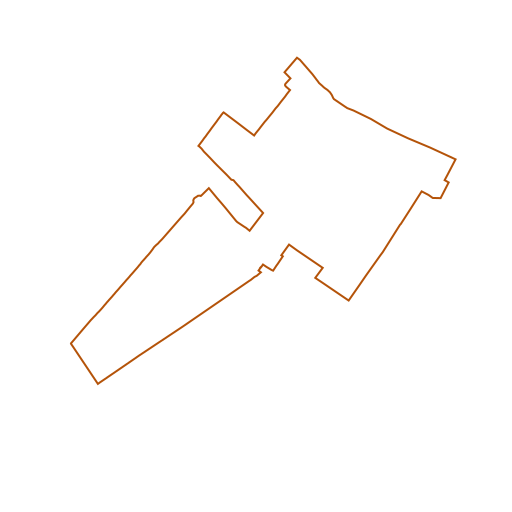 outline of Gura Padinii, Romania, rotated 217°
{"feature_id": "2599482B60613524156855", "entity_name": "Gura Padinii", "entity_type": "district", "adm_level": 2, "iso_a3": "ROU", "parent_name": "Romania", "parent_adm1": "", "projection": "albers", "projection_center": [24.327, 43.755], "detail": "fine", "context": "isolated", "style": "outline", "palette": "amber", "viewbox_px": 512, "rotation_deg": 217, "n_neighbors": 0, "source": "geoboundaries", "source_scale": "gbopen_adm2", "svg_char_len": 3477}
<svg xmlns="http://www.w3.org/2000/svg" viewBox="0 0 512 512"><g transform="rotate(217 256 256)"><path d="M351.1,74.7L350.5,74.4L349.2,74.0L309.0,60.0L305.3,58.7L304.7,60.7L300.6,72.8L292.1,98.1L289.4,106.3L272.4,154.5L262.0,185.5L246.2,232.7L245.9,233.3L244.6,238.4L243.5,240.6L242.3,245.9L245.2,245.9L245.3,248.1L245.3,248.3L245.3,249.4L245.5,249.4L245.4,250.3L245.2,250.3L245.2,251.7L245.3,252.3L245.3,253.4L241.1,253.6L239.2,253.8L237.4,254.0L235.2,254.2L233.8,254.5L233.5,254.6L233.9,260.7L233.9,262.5L234.4,271.9L236.2,271.8L236.5,285.0L226.5,285.2L214.2,285.8L195.6,286.7L195.5,274.2L185.8,274.7L155.2,276.2L155.9,294.9L156.4,306.4L157.1,331.4L157.1,335.3L159.8,367.8L159.6,368.5L160.9,386.2L162.6,407.3L154.8,408.6L149.8,408.7L146.6,411.0L143.4,413.3L146.4,430.7L151.0,430.1L151.9,435.9L154.8,453.3L182.1,447.4L205.4,441.5L228.0,436.7L246.6,434.6L265.6,430.9L272.2,429.0L272.6,429.0L273.1,429.0L274.1,428.9L288.2,428.2L289.6,428.7L291.2,429.6L292.6,430.3L294.1,430.8L295.6,431.3L297.1,431.4L298.4,431.6L299.9,431.6L301.5,431.5L303.0,431.5L304.2,431.6L305.8,431.8L307.4,431.9L309.8,432.1L311.6,432.7L313.9,433.3L315.9,433.9L320.6,435.2L339.0,439.1L342.6,439.0L343.8,419.9L335.4,418.6L336.1,411.4L336.0,410.5L335.5,409.8L334.8,409.5L333.8,409.3L328.7,409.0L328.8,403.7L328.7,400.8L328.8,397.4L328.9,394.3L328.9,391.3L328.9,389.1L329.0,387.8L329.2,385.6L329.2,383.3L329.2,380.3L329.3,378.2L329.4,375.8L329.5,372.9L329.6,370.7L329.8,368.5L329.9,362.1L329.9,359.0L330.0,356.8L330.1,353.9L330.0,351.1L331.6,351.1L339.1,351.1L350.5,351.2L355.9,351.2L368.3,351.2L368.5,350.5L368.5,348.8L368.6,348.0L368.5,347.0L368.5,344.9L368.5,342.1L368.4,339.7L368.4,338.1L368.4,335.6L368.4,333.5L368.4,331.1L368.3,328.4L368.3,326.4L368.3,324.0L368.2,321.2L368.3,318.8L368.2,316.2L368.2,314.9L368.2,312.2L368.2,309.3L366.9,309.3L364.2,309.0L360.4,308.0L351.8,306.7L345.4,305.6L341.4,305.0L334.1,304.0L328.3,303.2L324.1,302.5L321.6,302.1L319.6,303.0L317.0,302.4L313.5,301.7L311.1,301.3L308.2,300.7L300.0,299.0L297.1,298.5L276.2,294.6L276.3,272.3L281.0,272.5L282.8,272.3L291.3,271.8L293.0,272.0L309.2,276.0L314.9,277.3L321.9,278.8L334.5,281.8L336.0,271.7L336.2,270.7L336.5,270.6L337.1,270.5L337.8,269.8L338.5,269.3L338.9,268.1L340.0,265.1L339.9,263.7L339.5,262.6L338.3,261.4L338.0,260.1L338.0,259.0L338.1,257.5L338.2,255.7L338.4,250.7L338.5,246.9L339.0,241.9L341.1,213.1L341.7,208.4L341.7,207.3L342.3,204.7L342.4,204.0L342.5,203.4L342.6,202.8L342.7,202.1L342.7,200.6L342.6,199.1L342.6,197.5L342.6,196.3L342.6,194.9L342.7,193.4L342.7,192.5L342.8,191.9L342.9,190.9L343.0,189.8L343.1,189.0L343.1,187.8L343.2,186.9L343.3,185.8L343.3,185.1L343.4,184.7L343.5,184.0L343.5,183.3L343.6,182.4L343.6,181.2L343.6,180.6L343.5,180.2L343.5,179.9L343.6,179.2L343.6,178.7L343.7,178.3L343.7,177.5L343.7,176.7L343.8,174.8L343.9,173.5L344.0,172.2L344.1,170.8L344.2,169.1L344.3,167.8L344.4,166.6L344.5,165.8L344.6,164.6L344.6,163.4L344.7,162.4L344.8,160.8L345.0,159.1L345.1,157.2L345.2,155.5L345.3,154.5L345.4,152.9L345.5,151.9L345.7,149.5L345.8,147.4L345.9,146.0L346.0,144.8L346.2,142.8L346.3,140.1L346.4,139.3L346.5,137.2L346.6,135.8L346.7,135.2L346.7,134.4L346.8,133.8L346.9,132.7L347.0,131.2L347.1,129.9L347.2,129.1L347.2,128.7L347.2,127.7L347.3,126.5L347.4,125.3L347.5,122.6L347.7,120.0L348.0,116.9L348.3,115.2L348.4,113.8L348.5,112.1L348.9,109.4L349.1,107.4L349.2,106.4L349.3,105.8L349.5,102.7L350.1,93.2L350.5,86.3L351.1,76.1L351.2,75.1L351.1,74.7Z" fill="none" stroke="#b45309" stroke-width="2"/></g></svg>